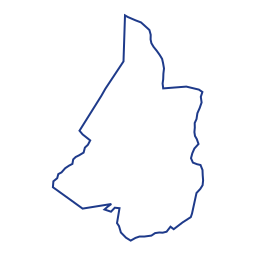 Siriri, Sergipe, Brazil
{"feature_id": "56859067B39899980118162", "entity_name": "Siriri", "entity_type": "district", "adm_level": 2, "iso_a3": "BRA", "parent_name": "Brazil", "parent_adm1": "Sergipe", "projection": "natural_earth1", "projection_center": [-37.12, -10.561], "detail": "fine", "context": "isolated", "style": "outline", "palette": "blue", "viewbox_px": 256, "rotation_deg": 0, "n_neighbors": 0, "source": "geoboundaries", "source_scale": "gbopen_adm2", "svg_char_len": 1185}
<svg xmlns="http://www.w3.org/2000/svg" viewBox="0 0 256 256"><path d="M125.0,15.4L123.5,61.4L105.4,88.7L101.3,95.9L79.5,130.7L82.6,134.4L90.2,140.4L87.9,144.8L84.9,147.6L83.6,152.6L79.1,155.3L75.7,157.0L73.2,159.4L72.4,163.9L69.1,165.6L65.2,168.2L61.5,172.4L58.3,174.1L57.2,178.2L53.4,181.3L52.9,187.2L82.6,208.6L111.3,204.0L107.5,206.8L104.5,209.5L111.0,211.7L114.8,207.7L119.5,208.2L117.0,223.1L119.0,226.1L120.9,232.5L126.0,237.7L130.7,240.6L135.5,237.9L139.6,236.5L144.6,236.5L151.4,235.6L155.1,233.1L159.3,232.5L162.7,232.7L166.6,231.7L170.5,226.7L173.7,229.2L182.6,222.4L190.8,217.1L192.0,213.6L196.5,193.0L200.3,188.9L202.6,185.2L203.1,180.4L202.7,175.1L202.5,170.0L200.5,165.0L197.0,164.2L192.9,162.6L191.0,158.2L192.3,153.3L194.4,148.5L198.5,144.0L196.8,139.1L195.0,136.0L194.4,132.1L194.8,127.6L194.7,123.0L196.5,119.1L197.4,113.2L199.7,108.0L201.6,102.5L200.8,96.8L202.4,92.0L198.9,89.6L186.3,86.6L163.2,88.4L162.6,83.5L163.2,79.2L163.4,73.6L164.0,68.5L163.1,63.3L162.1,58.9L159.8,55.1L156.9,51.0L153.6,46.9L151.4,43.2L150.6,39.5L150.7,34.8L149.4,30.0L145.0,26.0L141.0,22.4L135.7,20.4L131.3,18.5L127.8,17.0L125.0,15.4Z" fill="none" stroke="#1e3a8a" stroke-width="2"/></svg>